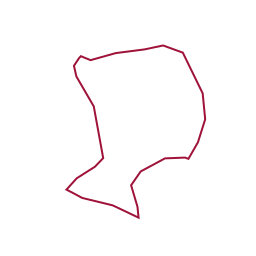 map outline of Poole (Albers equal-area conic projection), rotated 64°
{"feature_id": "GBR-2052", "entity_name": "Poole", "entity_type": "Unitary Authority", "adm_level": 1, "iso_a3": "GBR", "parent_name": "United Kingdom", "parent_adm1": "", "projection": "albers", "projection_center": [-1.96, 50.73], "detail": "fine", "context": "isolated", "style": "outline", "palette": "rose", "viewbox_px": 256, "rotation_deg": 64, "n_neighbors": 0, "source": "natural_earth", "source_scale": "10m", "svg_char_len": 482}
<svg xmlns="http://www.w3.org/2000/svg" viewBox="0 0 256 256"><g transform="rotate(64 128 128)"><path d="M213.2,157.8L190.8,175.7L170.8,199.8L156.4,210.3L150.7,196.1L148.3,174.7L144.2,163.5L93.6,149.3L59.0,151.8L48.4,149.3L43.8,141.5L42.8,138.9L50.6,131.9L55.3,106.2L64.6,78.7L69.2,60.3L84.3,45.7L101.8,45.7L129.6,45.7L154.0,54.8L171.5,71.4L182.2,87.2L179.6,89.7L171.5,108.1L172.6,135.6L180.8,150.3L202.9,154.0L213.2,157.8Z" fill="none" stroke="#9f1239" stroke-width="2"/></g></svg>